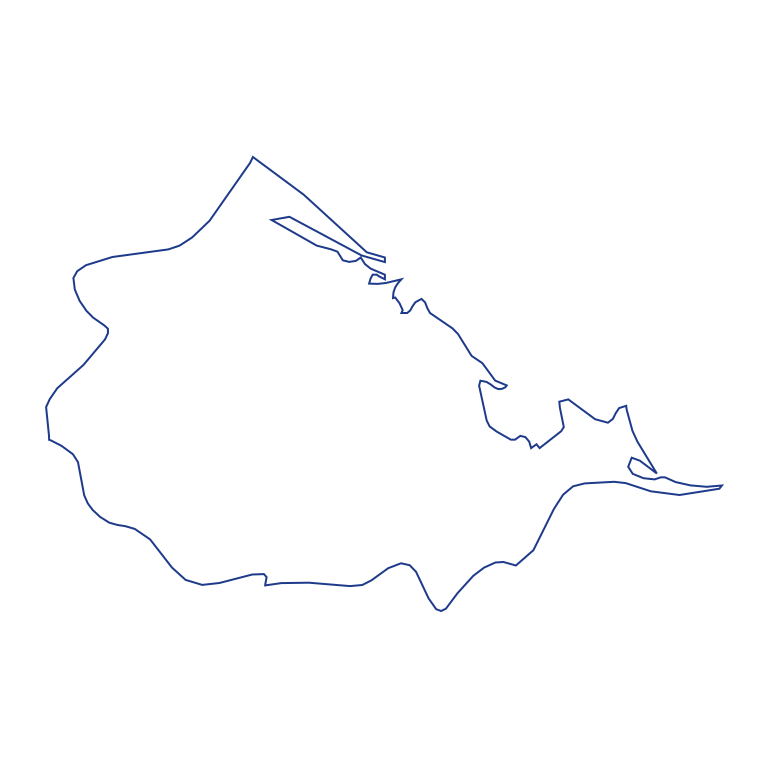 map outline of Thừa Thiên - Huế (Albers equal-area conic projection)
{"feature_id": "VNM-490", "entity_name": "Thừa Thiên - Huế", "entity_type": "Province", "adm_level": 1, "iso_a3": "VNM", "parent_name": "Vietnam", "parent_adm1": "", "projection": "albers", "projection_center": [107.633, 16.382], "detail": "fine", "context": "isolated", "style": "outline", "palette": "blue", "viewbox_px": 768, "rotation_deg": 0, "n_neighbors": 0, "source": "natural_earth", "source_scale": "10m", "svg_char_len": 2192}
<svg xmlns="http://www.w3.org/2000/svg" viewBox="0 0 768 768"><path d="M89.2,505.3L87.7,503.2L84.2,495.3L78.0,462.2L73.0,454.3L61.6,445.9L50.7,440.3L49.1,439.8L49.1,439.7L49.0,435.7L46.1,407.1L49.8,399.0L57.3,388.2L83.5,364.9L105.0,339.4L108.0,333.1L107.9,328.7L104.4,325.5L93.1,317.6L86.5,310.9L79.7,301.0L74.8,289.5L73.4,278.0L77.2,271.2L86.0,265.2L112.4,257.0L168.3,249.4L179.6,245.6L192.2,237.4L209.6,220.7L250.2,162.7L252.9,157.0L303.7,194.7L366.8,252.3L384.9,257.5L384.9,262.1L361.7,255.5L289.4,216.8L271.6,220.0L316.7,245.6L331.0,249.3L337.5,251.7L342.8,260.3L349.1,261.9L355.9,260.9L360.7,257.5L365.0,264.1L370.6,268.6L384.9,274.7L384.9,279.3L378.6,276.1L376.9,274.7L372.7,274.7L371.5,276.8L370.5,278.8L369.1,283.6L377.7,283.9L385.8,283.0L401.4,279.3L397.8,283.3L395.2,287.4L393.5,292.2L393.0,298.1L395.2,297.5L399.5,303.2L402.7,310.2L401.4,313.0L407.2,313.0L410.2,310.5L412.4,306.5L415.3,302.3L421.5,298.9L425.1,302.4L427.5,308.5L430.0,313.0L452.5,328.4L458.0,334.0L471.6,355.9L482.4,363.2L495.2,380.6L506.7,385.4L505.4,387.2L502.2,388.8L498.3,389.1L494.5,387.4L490.8,384.5L486.5,381.9L480.4,380.7L479.1,385.7L486.7,420.6L489.7,426.5L496.7,431.6L510.9,439.7L515.0,439.7L520.3,435.9L525.4,437.1L529.2,441.6L531.1,448.1L536.5,444.3L539.6,448.1L561.2,431.2L563.8,427.1L559.9,407.7L559.3,401.7L568.3,399.4L595.1,419.2L607.9,422.7L612.9,418.9L615.7,413.2L619.1,408.1L626.2,405.8L626.7,409.8L632.5,431.0L637.4,441.6L656.8,473.5L639.9,460.7L631.7,457.7L628.2,466.8L632.8,473.9L643.5,478.2L654.6,479.4L660.9,477.3L664.9,477.3L675.7,482.1L690.5,485.4L706.7,486.8L721.9,485.5L719.4,488.7L718.9,488.8L679.5,495.0L650.8,491.3L625.7,483.1L614.1,481.8L584.7,483.4L573.1,486.3L563.1,494.7L554.0,508.8L533.4,550.2L515.9,565.5L503.5,562.0L495.4,562.5L484.1,567.6L473.3,575.8L457.5,593.2L445.9,608.7L441.1,611.0L436.2,609.2L428.6,598.4L416.1,571.9L409.7,565.2L401.0,563.3L388.2,568.2L371.5,580.3L362.3,585.0L350.0,586.1L308.8,582.7L281.3,583.1L265.2,585.4L265.3,584.2L266.6,577.1L263.9,574.1L252.3,574.5L219.4,583.0L202.2,584.9L185.6,579.9L172.0,567.6L150.1,539.4L134.7,528.9L125.4,526.2L117.2,524.9L109.1,522.6L100.1,516.9L92.8,510.1L89.2,505.3Z" fill="none" stroke="#1e3a8a" stroke-width="2"/></svg>